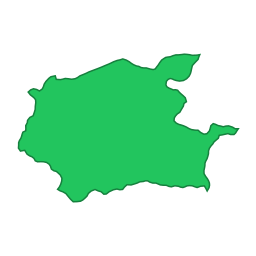 the district of São José do Rio Preto, São Paulo, Brazil, rotated 88°
{"feature_id": "56859067B4650924298667", "entity_name": "São José do Rio Preto", "entity_type": "district", "adm_level": 2, "iso_a3": "BRA", "parent_name": "Brazil", "parent_adm1": "São Paulo", "projection": "mercator", "projection_center": [-49.362, -20.784], "detail": "fine", "context": "isolated", "style": "filled", "palette": "green", "viewbox_px": 256, "rotation_deg": 88, "n_neighbors": 0, "source": "geoboundaries", "source_scale": "gbopen_adm2", "svg_char_len": 3047}
<svg xmlns="http://www.w3.org/2000/svg" viewBox="0 0 256 256"><g transform="rotate(88 128 128)"><path d="M136.7,236.9L138.8,237.8L141.5,237.9L144.3,238.2L147.3,236.3L146.7,232.0L150.6,229.8L152.4,227.3L153.4,225.0L155.1,223.0L157.6,221.8L158.6,219.6L158.6,216.2L158.8,213.5L159.6,210.5L161.4,208.1L163.3,206.9L166.4,206.0L168.2,203.5L168.9,201.1L170.4,199.5L172.6,197.3L175.9,195.8L178.7,196.1L181.9,197.2L184.8,198.8L186.8,200.5L188.4,198.1L189.5,195.3L191.4,192.3L193.7,190.6L197.3,187.8L199.8,185.3L199.8,181.5L199.5,178.0L198.3,175.6L196.7,173.6L194.7,171.4L192.0,169.9L189.7,167.0L188.3,163.1L189.8,160.0L190.8,157.0L193.3,154.5L193.2,152.0L191.0,149.0L189.2,144.7L188.6,141.2L189.4,138.4L189.2,135.5L186.9,133.6L184.7,131.0L185.0,126.8L183.9,122.7L183.3,120.6L182.2,118.1L182.0,114.6L181.4,112.5L181.5,110.3L182.9,108.0L183.9,105.1L184.0,102.0L185.0,99.8L186.0,97.7L186.4,95.0L186.6,91.7L187.8,89.1L188.3,86.7L187.4,83.2L188.0,79.5L188.9,77.6L189.4,75.2L188.8,73.2L187.9,71.1L187.7,68.7L188.0,65.8L188.9,63.7L189.9,61.0L188.7,57.4L188.6,53.7L191.3,52.2L193.7,51.1L190.5,49.1L188.0,48.5L185.8,48.6L183.7,49.3L181.4,50.5L179.1,52.1L176.3,53.6L173.2,53.6L170.4,52.9L168.5,52.5L165.9,52.3L163.9,51.5L161.5,50.1L159.3,49.3L156.7,48.5L153.6,48.3L151.0,47.3L148.6,45.5L147.0,43.9L145.0,42.6L143.1,40.3L141.4,38.1L138.5,37.1L138.2,34.3L137.5,30.6L137.1,28.3L138.1,25.7L138.2,22.3L136.8,20.7L134.8,19.4L132.6,17.8L132.5,20.9L130.8,23.5L129.4,27.3L129.5,30.1L130.1,32.8L129.3,35.3L128.7,37.9L127.4,40.4L126.6,42.7L128.6,45.1L131.4,45.9L133.8,46.8L136.5,49.4L136.8,52.4L135.0,55.6L132.7,58.0L132.5,61.0L131.8,64.6L130.8,66.9L129.0,69.8L127.7,72.5L126.9,74.7L126.2,77.0L124.8,79.6L122.4,81.8L119.4,81.3L117.5,80.0L115.7,78.3L114.1,75.7L111.2,73.9L108.1,71.9L105.4,71.2L103.8,68.7L99.8,69.7L97.8,71.6L95.3,74.3L93.8,75.7L92.0,77.1L91.4,79.2L91.5,81.4L90.4,83.7L89.5,85.8L88.1,87.8L86.1,88.6L82.7,88.0L80.8,86.2L80.0,84.2L80.5,82.1L81.5,80.2L82.2,78.2L82.9,74.9L82.5,71.0L80.9,67.8L78.3,65.1L75.7,63.7L73.5,63.0L71.0,62.4L67.8,61.5L65.7,59.5L63.8,57.6L61.9,55.6L59.3,54.7L57.2,53.7L57.6,56.4L57.6,59.1L57.6,61.3L56.9,63.9L56.5,66.4L56.2,69.2L56.5,72.2L56.7,75.4L56.6,77.6L57.3,80.5L58.3,83.3L58.5,85.8L58.8,87.9L59.9,89.8L61.3,92.0L63.8,94.0L66.4,95.8L68.1,97.3L69.9,98.7L70.5,100.7L69.9,103.7L68.6,107.6L68.5,110.4L68.0,112.9L66.8,115.0L66.3,117.4L64.9,120.3L63.5,122.4L61.8,124.5L60.1,127.3L58.8,130.8L59.6,133.5L60.1,136.4L61.3,140.1L62.3,142.3L63.4,144.9L64.8,148.7L66.2,152.3L67.7,156.5L70.6,165.1L71.9,168.0L72.9,170.6L74.2,174.2L75.8,176.6L76.9,179.1L77.3,182.6L76.7,186.0L76.3,189.0L76.9,191.4L77.3,193.8L76.9,198.0L73.3,198.9L74.1,203.3L75.6,205.4L78.6,208.4L81.2,210.2L83.8,211.1L86.0,212.3L87.9,215.2L86.3,218.0L85.5,221.1L86.5,223.9L88.6,226.5L91.5,224.4L92.9,222.7L94.5,220.9L96.5,219.4L99.4,219.3L103.1,219.9L106.2,220.1L109.2,221.1L112.5,222.4L114.0,225.7L116.8,228.1L119.3,228.5L122.0,230.1L125.0,230.1L127.2,230.3L128.5,233.2L130.5,234.0L132.5,234.6L134.5,235.4L136.7,236.9Z" fill="#22c55e" stroke="#15803d" stroke-width="1.5"/></g></svg>